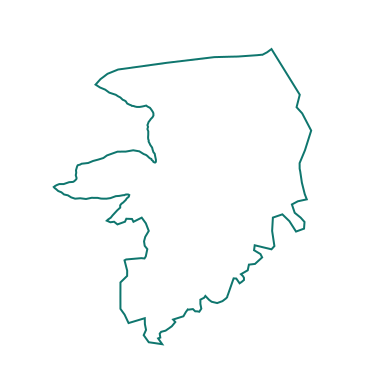 the district of Iwajowa, Oyo, Nigeria, rotated 74°
{"feature_id": "59680162B76564266679550", "entity_name": "Iwajowa", "entity_type": "district", "adm_level": 2, "iso_a3": "NGA", "parent_name": "Nigeria", "parent_adm1": "Oyo", "projection": "robinson", "projection_center": [3.013, 7.985], "detail": "fine", "context": "isolated", "style": "outline", "palette": "teal", "viewbox_px": 384, "rotation_deg": 74, "n_neighbors": 0, "source": "geoboundaries", "source_scale": "gbopen_adm2", "svg_char_len": 3127}
<svg xmlns="http://www.w3.org/2000/svg" viewBox="0 0 384 384"><g transform="rotate(74 192 192)"><path d="M330.1,262.6L323.4,264.9L323.2,262.6L319.3,262.1L317.9,260.2L318.0,255.6L315.5,248.4L312.4,243.9L309.4,245.3L309.1,234.5L305.7,231.0L303.7,228.4L304.1,228.0L304.8,223.4L307.6,221.8L308.1,220.0L309.1,218.0L306.7,215.2L301.9,214.8L297.8,213.6L297.0,209.5L295.6,207.8L300.4,205.3L302.9,203.4L305.7,198.4L305.3,192.8L304.4,190.5L303.7,188.7L302.8,187.2L301.7,186.6L300.4,185.6L286.5,175.8L287.0,174.4L287.4,173.3L292.9,171.4L292.1,169.0L290.9,166.3L288.8,165.7L286.9,166.2L284.5,167.6L282.6,160.0L277.5,157.3L278.5,151.3L274.2,142.6L270.5,143.3L265.1,148.4L260.5,146.4L269.0,131.4L266.7,127.7L251.5,125.7L238.9,121.3L238.4,111.3L246.9,106.4L258.7,102.9L258.1,94.4L251.8,92.1L246.6,94.6L240.3,99.0L231.5,99.4L230.1,92.8L230.7,83.7L225.1,84.2L213.3,83.8L202.0,82.3L199.3,82.1L193.9,80.6L183.0,71.9L165.8,60.5L146.8,64.4L139.3,68.1L128.2,61.6L76.5,76.2L78.4,81.3L79.5,86.5L79.4,86.8L79.3,87.0L78.4,91.9L74.4,110.7L72.5,117.9L68.5,133.4L60.8,181.0L53.9,229.3L55.1,240.6L58.3,248.9L62.2,255.1L66.2,251.6L69.7,247.2L73.7,244.1L77.6,238.4L79.5,236.8L81.4,234.8L84.2,233.2L85.4,231.7L86.5,230.7L89.1,229.9L90.1,228.8L91.0,227.8L91.8,226.7L92.7,226.0L92.8,225.5L93.4,224.2L94.1,223.3L95.0,221.6L95.8,218.9L96.1,216.4L96.2,214.8L96.3,212.2L97.4,211.4L98.3,210.5L99.5,209.2L101.6,208.4L104.2,207.6L105.6,207.4L107.9,208.0L109.3,209.4L110.5,211.5L111.5,212.7L112.8,214.5L114.3,215.5L115.4,216.4L117.3,216.3L119.2,217.5L121.6,217.3L125.0,218.3L127.2,219.1L129.0,219.5L130.5,219.4L131.6,219.8L133.6,219.4L135.4,219.1L138.3,218.1L140.5,218.2L143.1,218.1L144.9,217.3L148.2,217.6L151.1,217.8L153.0,218.4L153.5,219.1L153.3,219.9L152.4,220.8L151.1,221.1L150.2,221.9L149.0,222.0L147.9,223.3L146.6,224.1L145.0,225.0L143.7,226.0L142.2,228.0L138.4,231.4L135.7,237.0L134.9,244.5L132.7,252.5L133.4,263.6L134.9,267.8L135.0,273.1L134.9,278.6L135.5,283.8L134.8,288.0L134.4,290.3L134.8,291.9L134.8,294.5L135.9,295.5L139.1,297.5L141.7,298.0L143.8,299.1L145.6,299.1L146.8,299.1L147.8,299.7L148.5,300.9L149.2,302.3L149.5,303.6L148.7,307.4L149.0,313.1L147.8,317.3L148.0,319.6L148.4,321.7L149.1,323.5L150.4,322.9L151.7,321.9L154.2,320.3L156.3,317.6L159.1,315.7L161.0,312.2L163.9,309.6L166.2,306.2L167.2,301.2L169.5,295.8L169.9,290.2L171.6,284.4L173.3,281.2L174.8,276.3L175.4,272.1L175.0,266.4L175.7,263.0L176.1,258.9L176.4,258.0L176.2,257.0L176.2,256.1L176.4,255.5L176.6,254.6L177.0,253.7L177.6,253.2L177.7,253.3L178.2,253.5L179.0,254.0L179.4,254.7L179.9,255.9L180.4,256.8L181.3,257.7L183.2,261.2L183.8,263.0L185.0,264.7L187.2,265.3L189.0,268.9L192.6,274.8L194.3,277.2L195.4,280.5L196.1,281.8L198.6,278.8L199.1,275.1L202.6,272.6L202.1,264.6L199.6,262.5L201.4,257.1L204.5,256.5L202.8,247.4L209.4,245.0L217.5,244.3L222.2,249.3L226.2,251.7L229.9,252.2L230.7,252.3L234.6,250.7L241.2,254.2L242.8,256.0L241.6,259.0L238.7,273.9L239.1,275.7L249.8,276.0L254.8,277.5L259.2,285.7L273.0,289.7L284.6,293.0L291.3,290.6L300.5,289.1L300.3,272.2L306.0,273.7L311.9,274.2L316.3,277.9L324.5,275.0L327.0,269.4L330.1,262.6Z" fill="none" stroke="#0f766e" stroke-width="2"/></g></svg>